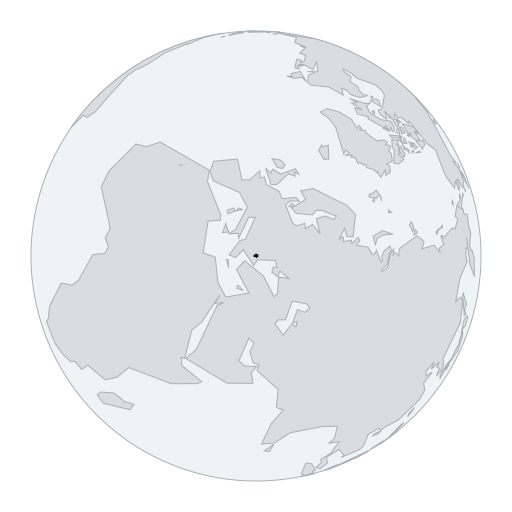 globe centered on Sliven, rotated 66°
{"feature_id": "BGR-2231", "entity_name": "Sliven", "entity_type": "Province", "adm_level": 1, "iso_a3": "BGR", "parent_name": "Bulgaria", "parent_adm1": "", "projection": "orthographic", "projection_center": [26.271, 42.597], "detail": "fine", "context": "on_globe", "style": "filled", "palette": "ink", "viewbox_px": 512, "rotation_deg": 66, "n_neighbors": 0, "source": "natural_earth", "source_scale": "10m", "svg_char_len": 11249}
<svg xmlns="http://www.w3.org/2000/svg" viewBox="0 0 512 512"><g transform="rotate(66 256 256)"><circle cx="256" cy="256" r="225" fill="#eef3f6" stroke="#a8b0b8"/><path d="M176.2,45.3L183.1,43.5L176.7,45.7L180.1,45.0L188.4,42.5L193.0,41.1L216.0,39.3L243.4,37.4L251.9,35.5L250.1,37.4L266.3,33.5L281.1,34.0L264.4,34.5L262.7,35.4L272.8,35.9L273.2,37.0L278.3,38.1L277.9,39.6L268.2,40.4L267.8,41.5L274.9,41.9L279.1,44.0L268.6,43.2L274.7,47.1L259.6,50.2L232.0,48.9L223.5,53.8L194.9,61.3L197.4,62.7L188.2,67.1L187.7,70.5L182.6,71.5L186.7,73.5L191.5,72.0L194.9,72.5L195.0,74.5L188.5,75.9L187.4,75.1L185.6,76.6L182.2,76.5L184.0,77.7L176.0,79.4L184.1,80.8L177.8,84.9L172.5,85.2L172.9,81.1L161.6,73.4L156.4,73.5L148.5,77.2L133.9,92.2L128.2,94.3L120.5,100.1L123.6,100.5L130.8,96.3L134.9,99.0L143.2,94.0L146.0,94.6L154.6,91.6L153.4,96.6L147.6,103.3L140.4,106.3L137.6,109.5L144.5,110.8L131.2,120.8L122.6,135.7L119.1,138.2L112.2,134.8L112.0,124.0L103.1,121.7L108.9,128.1L100.2,134.9L98.8,138.3L99.3,141.0L102.6,140.5L99.7,144.1L92.8,138.6L95.4,135.2L97.5,136.8L97.4,132.1L92.7,129.3L88.6,133.4L85.8,126.5L82.9,129.5L80.7,130.0L85.5,125.5L76.7,133.8L72.8,130.1L60.7,145.8L72.5,128.1L76.7,121.4L80.7,115.2L78.7,117.5L86.8,107.3L87.3,106.7L99.9,93.6L113.5,81.5L128.0,70.6L143.4,60.9L159.5,52.4L176.2,45.3ZM38.9,195.9L38.2,199.5L35.7,209.0L37.1,204.9L35.2,214.0L34.8,230.0L34.2,230.9L33.4,256.1L36.6,276.5L37.3,287.2L36.5,289.7L38.5,296.4L38.6,299.4L50.1,325.6L58.9,344.2L60.6,354.0L57.2,356.4L63.3,372.7L62.8,371.9L54.8,357.4L47.9,342.3L42.1,326.7L37.5,310.8L34.0,294.6L31.8,278.1L30.8,261.5L31.0,245.0L32.4,228.4L35.1,212.0L38.9,195.9ZM57.7,150.2L48.2,172.6L50.4,164.9L50.6,165.1L53.7,158.3L58.3,148.5L61.2,142.9L57.7,150.2ZM60.6,148.6L62.0,145.5L61.1,147.9L60.6,148.6ZM195.0,40.4L188.5,42.4L180.9,44.5L186.2,42.6L195.0,40.4ZM209.5,37.8L206.6,38.8L203.0,38.7L205.8,38.1L209.5,37.8ZM258.0,34.2L252.7,34.3L257.7,33.9L258.0,34.2ZM279.1,38.0L280.5,37.7L282.6,38.5L279.1,38.0ZM154.7,89.1L154.6,90.3L153.1,90.2L154.7,89.1ZM158.5,86.7L156.7,85.8L158.3,84.5L159.3,85.2L158.5,86.7ZM283.9,41.6L286.8,43.2L282.1,41.7L283.9,41.6ZM160.3,88.3L161.2,82.5L163.9,80.5L170.3,81.2L160.3,88.3ZM287.3,44.1L294.5,48.4L298.2,47.9L291.8,52.1L287.8,46.8L281.5,44.9L286.2,45.2L287.3,44.1ZM192.9,70.7L187.8,72.3L191.9,69.2L192.9,70.7ZM194.7,68.6L202.6,59.2L210.2,58.1L206.0,61.3L215.8,58.8L215.7,62.9L210.3,65.2L205.4,65.0L209.1,66.8L194.7,68.6ZM287.1,54.1L287.4,55.4L285.2,54.2L287.1,54.1ZM196.5,72.5L197.4,70.5L204.1,69.4L203.6,73.2L201.6,72.3L196.5,72.5ZM218.4,56.4L223.3,56.4L224.5,59.7L226.6,60.2L216.4,62.9L218.4,56.4ZM200.1,73.6L203.1,75.2L200.1,77.6L196.1,74.3L200.1,73.6ZM206.1,67.6L209.3,67.3L207.3,68.6L206.1,67.6ZM191.1,87.8L192.0,85.1L195.5,84.2L191.1,87.8ZM204.4,75.6L205.4,74.8L206.9,74.2L208.2,75.8L204.4,75.6ZM218.0,65.2L217.4,66.6L222.2,64.2L223.3,66.8L216.3,68.3L219.8,68.7L220.2,69.6L214.0,69.9L218.0,65.2ZM214.0,75.8L205.5,79.1L203.0,84.0L199.7,84.9L204.3,76.8L214.0,75.8ZM214.5,72.3L213.5,74.6L210.0,74.3L208.6,72.5L214.5,72.3ZM226.6,68.1L226.7,63.7L228.3,63.6L226.6,68.1ZM214.0,77.3L216.1,76.5L214.2,77.7L214.0,77.3ZM223.5,70.9L223.3,69.3L225.1,69.2L223.5,70.9ZM220.3,76.4L217.6,77.4L216.5,76.1L220.3,76.4ZM222.4,74.0L224.8,74.2L217.8,75.1L222.0,73.2L222.4,74.0ZM225.2,71.1L226.2,70.5L225.0,71.8L225.2,71.1ZM226.0,81.0L217.4,82.4L215.0,79.5L223.7,78.4L226.0,81.0ZM118.4,355.5L104.9,320.1L111.6,311.4L112.8,297.3L158.6,263.8L168.3,270.1L204.4,271.5L208.9,274.1L204.6,285.6L231.7,303.1L240.4,293.7L264.9,301.6L281.2,300.3L287.0,277.5L260.3,279.3L255.7,268.3L277.1,257.4L300.4,256.1L299.4,251.9L284.6,243.8L290.0,235.1L279.5,240.3L283.8,244.5L277.3,248.1L273.1,244.6L275.1,241.5L268.1,240.0L260.1,256.0L263.5,262.0L245.1,265.0L249.1,275.3L244.0,280.0L235.4,264.4L236.3,258.7L220.3,240.9L217.7,247.0L232.7,264.5L228.0,262.9L224.6,272.2L223.5,263.9L207.9,244.1L191.3,245.1L170.0,264.5L160.3,263.7L152.2,256.2L160.0,233.4L180.8,237.9L183.8,230.6L179.7,217.9L186.4,220.6L187.2,216.2L195.1,217.4L206.3,208.6L214.3,208.8L218.8,195.6L223.5,194.2L219.5,202.2L221.0,208.2L240.9,209.2L244.8,206.6L246.1,198.1L251.4,199.8L250.1,191.6L261.6,188.4L246.5,185.6L247.6,176.5L254.6,169.7L252.2,166.4L240.9,177.6L238.8,182.7L241.4,187.7L233.3,202.0L226.5,203.9L224.6,187.6L214.7,188.9L217.6,176.4L246.4,152.6L258.4,148.2L278.0,159.4L275.2,165.1L266.8,163.8L274.5,173.2L273.9,168.5L278.3,170.1L280.5,162.5L283.8,163.3L280.3,154.9L284.5,155.1L286.6,160.4L293.5,150.1L302.2,148.9L302.2,146.2L299.7,143.7L312.5,144.3L311.9,142.3L307.5,141.3L303.5,136.9L301.4,129.5L305.9,130.1L307.3,132.8L317.0,139.8L320.0,147.4L321.6,147.0L320.1,140.5L308.3,132.0L305.7,127.4L311.8,130.7L309.4,129.1L309.6,127.1L314.0,125.7L307.5,122.0L303.0,100.7L311.0,96.6L317.0,101.4L318.6,88.9L327.6,86.4L323.5,85.3L321.5,79.4L318.7,80.0L316.6,79.1L310.2,65.4L312.3,63.1L304.9,57.1L302.8,56.7L300.9,58.0L291.8,52.1L298.2,47.9L302.6,48.9L303.6,46.0L313.6,49.1L322.3,50.6L332.7,56.3L338.7,57.5L338.4,56.3L346.3,57.4L363.7,64.8L351.1,64.0L325.2,56.4L335.9,59.7L333.9,60.7L338.0,63.0L345.5,65.5L346.1,64.7L360.2,79.5L379.1,92.2L376.8,85.8L380.9,85.3L400.3,96.7L425.9,127.0L431.7,128.8L435.8,133.0L439.0,140.0L433.1,134.0L431.3,136.0L427.5,131.9L430.7,142.0L425.4,136.5L430.5,147.5L434.7,149.6L433.8,142.3L440.5,154.8L446.8,156.1L453.6,164.9L463.7,192.7L464.8,209.1L466.1,212.9L463.4,213.7L464.5,225.8L473.5,235.4L474.9,240.8L474.6,260.3L473.7,256.6L466.5,258.9L468.6,273.5L474.2,275.0L476.3,284.1L473.5,287.1L471.0,279.6L468.4,280.0L466.6,268.1L459.6,255.5L456.6,265.3L454.5,258.3L444.5,250.9L438.8,264.7L431.4,296.7L434.3,315.2L430.0,327.5L415.1,309.8L407.8,293.6L402.7,299.0L387.1,290.1L360.9,301.6L356.9,297.6L352.0,302.1L341.0,300.4L334.8,293.3L328.2,295.9L344.7,314.2L351.7,311.4L357.2,300.4L360.5,307.6L371.1,310.6L360.3,334.3L321.0,361.8L316.8,348.2L284.9,311.1L285.7,306.1L285.5,305.5L285.1,304.6L282.6,312.9L276.9,304.9L294.4,332.8L297.5,344.8L320.5,362.8L318.4,365.5L325.7,368.3L348.6,356.8L348.8,361.4L338.2,385.3L306.2,417.6L310.3,432.2L307.7,444.2L287.4,454.0L288.8,461.2L278.3,464.5L277.4,468.1L268.7,472.0L254.4,475.1L230.4,474.1L229.2,471.6L217.5,464.7L201.5,444.9L207.8,436.1L205.8,427.6L188.4,404.6L192.2,393.1L187.5,386.9L177.8,386.2L172.3,378.5L166.4,376.8L129.6,369.1L118.4,355.5ZM143.0,285.5L141.7,289.7L143.0,285.5ZM325.6,266.1L339.3,263.3L332.4,250.5L337.1,248.5L333.0,245.1L331.8,249.6L321.8,239.9L327.4,234.0L325.4,228.1L320.7,228.8L311.9,241.3L326.3,255.0L323.4,261.7L325.6,266.1ZM34.8,230.4L34.5,234.2L34.3,231.6L34.8,230.4ZM49.1,167.3L47.9,170.7L46.7,173.7L47.3,171.7L49.1,167.3ZM42.8,194.8L42.1,199.4L42.1,196.2L42.8,194.8ZM47.1,175.9L43.2,191.5L43.2,186.5L45.9,176.9L45.0,181.3L47.1,175.9ZM57.8,151.9L56.7,154.5L55.9,155.4L57.8,151.9ZM59.9,150.5L60.1,149.8L61.4,147.6L59.9,150.5ZM100.6,135.2L101.1,135.7L100.8,139.0L99.4,138.4L100.6,135.2ZM109.0,149.2L104.0,154.8L106.6,150.1L103.7,150.0L105.4,140.6L117.5,138.9L111.7,141.2L109.0,149.2ZM111.1,128.3L108.6,134.0L110.8,127.8L111.1,128.3ZM184.3,192.3L186.9,195.9L183.8,200.6L173.7,201.7L178.0,194.8L184.3,192.3ZM191.3,200.1L192.3,184.5L198.7,183.6L194.9,186.7L199.0,187.7L194.1,192.9L199.2,208.0L196.9,213.1L179.4,211.5L186.4,208.9L183.4,205.4L191.3,200.1ZM183.6,150.5L184.1,144.9L197.2,150.1L195.2,154.8L185.0,155.8L181.3,150.9L183.6,150.5ZM171.3,91.2L170.7,89.6L172.5,89.1L174.5,90.0L171.3,91.2ZM191.2,86.6L176.1,97.9L174.6,96.6L167.5,105.5L160.8,105.5L165.6,99.6L155.1,106.6L156.7,101.3L150.1,106.6L161.5,93.5L162.5,89.5L163.9,93.9L170.1,93.9L173.0,92.7L182.3,86.4L187.5,78.2L194.5,77.3L198.0,78.9L197.8,80.7L193.3,80.6L196.3,83.2L189.7,84.5L191.2,86.6ZM235.1,104.6L230.0,102.6L234.8,110.1L228.2,110.6L229.2,111.4L224.4,114.0L220.3,118.8L217.3,118.3L217.0,120.4L213.8,122.4L212.4,125.2L206.5,125.4L204.3,129.0L202.8,127.1L200.5,133.3L199.6,128.8L195.4,131.2L198.5,134.3L170.5,130.8L159.4,133.6L150.7,138.7L150.3,131.0L158.1,121.6L169.9,113.2L180.6,111.9L178.5,108.9L183.0,107.5L182.8,110.4L185.8,105.2L189.4,104.9L199.9,98.9L201.9,92.0L205.8,89.8L206.8,92.4L210.0,88.5L214.6,92.0L217.4,90.7L224.8,93.0L225.1,99.2L228.4,97.2L234.1,99.3L235.1,104.6ZM227.9,81.8L229.8,88.5L227.1,92.2L215.4,86.6L212.1,87.3L204.5,84.4L208.5,79.3L210.3,80.5L213.0,80.6L210.7,82.1L214.6,81.0L217.2,82.8L220.9,82.4L220.5,84.6L227.9,81.8ZM214.0,270.1L217.5,271.1L223.0,271.0L221.0,277.1L214.0,270.1ZM203.1,256.8L206.3,256.4L206.1,264.5L202.5,263.8L203.1,256.8ZM208.2,249.6L206.5,255.8L205.2,252.0L208.2,249.6ZM222.4,201.6L225.8,200.9L226.1,202.9L224.2,205.7L222.4,201.6ZM247.8,128.9L245.3,126.7L246.4,125.7L245.0,119.2L249.7,118.7L252.4,122.3L247.8,128.9ZM282.4,281.9L277.7,286.6L275.2,284.7L277.4,283.4L282.4,281.9ZM247.8,282.9L255.7,285.8L247.2,284.5L247.8,282.9ZM252.8,127.2L251.6,124.5L254.7,125.9L252.8,127.2ZM253.1,118.0L256.8,119.0L250.1,117.9L253.1,118.0ZM345.1,433.7L328.6,455.2L318.3,457.7L317.0,453.4L323.5,441.4L335.7,435.1L341.8,427.9L345.1,433.7ZM477.4,297.7L477.0,299.4L475.6,304.4L476.5,299.9L478.7,290.2L477.4,297.7ZM476.4,300.4L473.5,303.2L465.4,294.5L468.4,289.7L476.0,288.5L475.6,291.9L477.4,291.7L476.4,300.4ZM480.5,275.2L480.3,277.2L479.7,280.5L479.4,274.2L479.6,267.7L480.3,264.2L479.6,233.7L480.0,232.7L480.9,243.9L481.0,245.0L480.5,275.2ZM435.3,316.3L440.2,323.4L437.4,327.7L435.3,316.3ZM477.1,216.7L478.9,229.5L476.5,214.9L477.1,216.7ZM474.3,204.8L475.4,208.0L474.5,206.9L474.3,204.8ZM468.3,217.8L467.7,222.5L466.6,220.1L466.6,212.8L468.3,217.8ZM458.8,172.6L462.9,179.7L464.3,182.9L462.0,180.4L458.8,172.6ZM291.8,121.9L288.5,131.2L289.2,138.3L294.6,142.5L285.6,140.9L284.4,130.0L291.8,121.9ZM301.1,103.1L296.4,99.9L299.3,99.0L300.8,99.6L301.1,103.1ZM297.7,102.8L290.2,103.4L288.1,100.2L294.4,100.3L297.7,102.8ZM271.5,114.6L270.2,117.3L267.7,116.0L271.5,114.6ZM477.4,214.5L478.4,220.3L475.3,204.6L477.4,214.5ZM475.7,206.3L476.8,212.0L474.9,203.4L475.7,206.3ZM476.4,211.0L475.4,207.2L475.1,204.9L476.4,211.0ZM475.3,204.6L473.2,196.8L474.1,199.5L475.3,204.6ZM472.6,199.3L473.9,199.8L474.1,205.0L469.0,192.2L468.5,188.4L472.6,199.3ZM437.5,129.4L434.8,126.9L432.9,123.1L435.3,125.9L437.5,129.4ZM424.3,109.9L431.5,121.4L436.9,131.4L437.6,130.7L443.0,138.0L439.4,136.0L432.1,124.9L428.9,118.4L423.9,113.1L418.7,106.3L412.8,101.8L409.1,97.8L413.5,100.1L424.3,109.9ZM410.3,100.1L398.2,91.3L396.7,87.1L399.1,88.1L405.3,93.8L405.7,95.6L410.3,100.1ZM394.8,88.1L395.0,89.9L377.6,83.9L373.6,81.7L386.1,83.3L387.0,85.3L391.5,87.7L394.8,88.1ZM289.7,55.3L287.6,55.4L288.7,54.5L289.7,55.3ZM315.1,79.6L312.4,78.3L313.8,77.0L315.1,79.6ZM305.7,73.9L306.0,76.3L303.8,73.5L305.7,73.9ZM307.0,81.7L305.2,77.1L309.6,81.9L307.0,81.7Z" fill="#d9dde1" stroke="#a8b0b8" stroke-width="1"/><path d="M255.3,257.7L255.1,257.6L255.2,257.3L255.1,257.1L255.0,256.9L254.9,256.8L254.9,256.7L254.9,256.4L254.7,256.2L254.9,256.1L254.8,255.8L254.7,255.5L254.7,255.3L254.8,255.3L254.9,255.2L255.1,255.3L255.2,255.2L255.3,255.1L255.4,254.9L255.5,254.9L255.7,254.6L255.8,254.6L256.0,254.5L256.0,254.4L256.3,254.3L256.2,254.3L256.3,254.4L256.5,254.4L256.8,254.4L256.9,254.5L256.9,254.8L256.9,255.0L256.9,255.3L256.7,255.4L256.7,255.5L256.8,255.6L257.0,255.7L257.1,255.9L256.9,255.9L256.9,256.0L256.6,256.1L256.4,256.1L256.3,256.3L256.2,256.5L255.9,256.5L255.7,256.8L255.8,256.9L255.7,257.3L255.7,257.5L255.4,257.7L255.3,257.7Z" fill="#0f172a" stroke="#020617" stroke-width="1.5"/></g></svg>